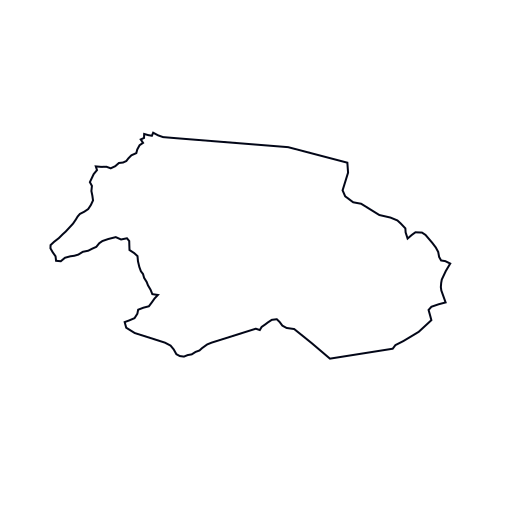 Caraúbas, Paraíba, Brazil (Natural Earth projection), rotated 294°
{"feature_id": "56859067B97216442550612", "entity_name": "Caraúbas", "entity_type": "district", "adm_level": 2, "iso_a3": "BRA", "parent_name": "Brazil", "parent_adm1": "Paraíba", "projection": "natural_earth1", "projection_center": [-36.523, -7.775], "detail": "fine", "context": "isolated", "style": "outline", "palette": "ink", "viewbox_px": 512, "rotation_deg": 294, "n_neighbors": 0, "source": "geoboundaries", "source_scale": "gbopen_adm2", "svg_char_len": 1999}
<svg xmlns="http://www.w3.org/2000/svg" viewBox="0 0 512 512"><g transform="rotate(294 256 256)"><path d="M326.8,122.7L326.4,117.4L326.8,111.9L323.5,112.0L322.6,108.4L322.0,104.2L318.3,105.7L315.6,103.3L313.4,106.8L309.9,104.6L305.0,104.2L301.3,104.8L297.3,101.2L293.3,99.7L290.0,98.9L287.3,96.5L285.2,92.9L280.8,90.9L277.0,87.6L276.7,83.1L274.4,78.2L272.7,73.2L269.8,75.8L264.8,74.4L255.9,74.2L253.3,77.6L248.4,79.2L244.5,82.0L240.5,84.5L235.4,84.4L230.6,83.6L226.6,81.1L222.8,78.0L219.5,77.0L216.2,76.6L211.2,75.7L205.0,73.6L200.9,72.2L197.3,70.6L192.1,68.6L186.9,65.8L182.4,63.9L179.4,65.1L176.7,68.8L174.2,73.0L170.3,75.3L171.8,79.8L176.7,82.2L180.2,86.5L182.3,89.9L185.0,93.1L189.4,96.1L192.6,100.6L196.3,103.6L199.4,106.4L203.9,107.6L207.2,109.6L211.4,114.1L216.2,120.2L216.2,126.0L219.7,130.9L218.1,134.1L214.3,135.9L210.0,138.0L209.1,143.6L207.7,147.8L203.2,150.3L198.5,153.9L195.2,157.1L193.6,160.1L190.5,162.7L187.8,166.7L185.3,169.2L182.3,173.4L179.0,176.8L180.5,182.2L175.9,180.6L171.3,179.7L166.5,178.6L163.0,174.2L159.0,170.2L155.0,171.1L149.8,170.3L145.5,166.3L142.2,162.9L137.7,166.6L136.3,176.6L139.8,208.0L139.4,214.4L137.2,218.8L133.9,223.2L133.6,227.1L134.8,231.1L137.7,233.9L140.0,237.3L143.8,239.8L146.7,242.8L149.9,244.2L155.4,247.4L158.9,250.8L189.5,285.4L189.9,289.6L193.5,290.0L197.3,292.3L200.2,293.9L204.1,296.4L206.7,300.7L205.3,304.5L203.1,308.4L202.7,313.2L204.8,320.6L199.0,342.5L192.3,365.3L226.9,418.6L231.3,419.6L238.2,425.2L252.9,435.5L268.7,442.3L271.7,439.9L276.9,435.6L281.0,436.9L286.2,442.5L290.7,448.1L299.9,439.3L302.8,437.5L306.8,436.1L310.1,435.3L319.5,435.5L328.1,436.5L328.3,431.0L327.2,426.9L329.6,423.7L333.8,420.8L336.9,416.8L339.7,411.7L344.2,402.3L344.9,398.1L342.5,392.0L338.7,389.8L333.6,387.4L338.4,383.1L342.0,381.2L344.6,374.9L346.0,370.7L345.8,363.2L343.6,352.0L346.5,330.8L345.6,327.1L344.6,322.9L346.8,313.2L351.2,308.4L369.6,306.2L378.4,301.5L368.5,241.1L332.0,137.6L326.8,122.7Z" fill="none" stroke="#020617" stroke-width="2"/></g></svg>